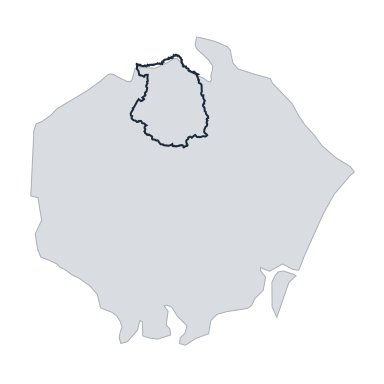 Kono, Eastern, Sierra Leone shown in context, rotated 273°
{"feature_id": "65957751B39294828597109", "entity_name": "Kono", "entity_type": "district", "adm_level": 2, "iso_a3": "SLE", "parent_name": "Sierra Leone", "parent_adm1": "Eastern", "projection": "orthographic", "projection_center": [-10.815, 8.706], "detail": "fine", "context": "in_parent", "style": "outline", "palette": "slate", "viewbox_px": 384, "rotation_deg": 273, "n_neighbors": 0, "source": "geoboundaries", "source_scale": "gbopen_adm2", "svg_char_len": 7495}
<svg xmlns="http://www.w3.org/2000/svg" viewBox="0 0 384 384"><g transform="rotate(273 192 192)"><path d="M347.0,188.5L346.7,191.8L343.7,206.7L339.1,219.5L336.0,222.7L322.9,226.1L317.3,231.7L312.5,249.9L309.4,264.2L304.9,266.6L285.6,287.3L273.0,295.1L264.2,301.8L255.8,310.6L245.3,319.1L234.0,333.5L225.9,348.4L220.4,353.1L216.3,348.8L197.1,334.0L176.8,324.1L133.7,307.4L119.4,302.7L119.9,296.9L124.9,286.2L116.9,273.6L120.1,264.5L117.0,264.5L110.8,269.9L97.6,268.3L88.9,260.4L81.8,257.5L78.7,253.5L74.3,232.8L71.1,223.4L64.5,217.5L51.3,216.0L45.9,203.3L38.7,193.5L39.9,187.5L45.9,187.9L50.5,192.3L58.0,194.1L67.4,183.6L75.8,177.9L77.8,172.9L76.8,170.1L71.7,174.4L57.8,173.2L54.3,177.0L48.1,178.2L43.4,165.8L43.7,158.5L45.7,150.4L59.7,149.2L60.9,146.6L51.2,144.8L39.2,135.4L37.0,128.9L43.1,126.8L48.8,127.8L53.8,129.2L59.2,126.9L64.3,123.4L67.4,118.9L71.5,106.8L84.7,102.8L92.5,95.4L99.9,83.9L103.3,75.8L106.3,71.8L108.3,68.3L109.7,64.5L113.0,60.9L116.5,52.4L118.9,44.6L126.4,40.9L141.9,37.6L155.8,43.3L178.3,38.5L179.6,31.2L200.2,31.1L224.7,31.0L245.0,30.9L252.0,32.9L254.5,38.4L261.2,46.9L268.2,52.9L276.9,65.9L287.0,81.0L297.9,94.7L304.9,102.1L305.7,104.7L305.2,107.6L301.8,114.6L298.8,122.1L299.1,124.9L301.2,126.3L312.6,128.7L313.7,137.1L313.7,148.7L319.2,159.5L324.5,167.4L324.3,170.3L311.3,183.9L306.3,197.4L303.8,201.2L302.7,204.2L305.3,205.6L308.9,204.7L313.9,205.8L318.7,206.2L325.0,201.4L335.5,189.0L339.0,187.4L347.0,188.5ZM115.2,297.5L113.7,300.2L106.8,293.5L71.3,283.3L81.4,278.0L106.1,276.5L113.4,279.7L116.7,282.3L117.9,287.2L115.2,297.5Z" fill="#d9dde1" stroke="#a8b0b8" stroke-width="1"/><path d="M309.1,190.6L309.9,191.9L310.1,191.4L310.1,191.1L309.9,190.8L310.3,190.4L310.2,190.2L309.9,189.9L310.1,189.6L310.7,189.6L311.0,189.3L311.0,189.0L310.8,188.5L310.8,188.2L310.9,187.9L311.8,188.4L312.2,187.9L312.1,187.7L312.2,187.4L311.6,186.9L311.5,186.5L311.6,186.1L312.0,185.6L312.2,184.1L312.7,183.8L312.9,183.6L312.9,183.3L312.7,183.0L312.8,182.6L313.1,182.3L313.3,182.6L313.5,182.5L313.8,182.2L314.2,182.2L314.7,182.1L315.0,181.8L315.4,180.4L315.8,179.6L316.4,179.3L316.7,179.5L317.0,179.4L316.9,178.8L317.1,178.3L317.0,178.0L317.1,177.6L316.8,177.0L316.8,176.8L317.1,176.7L317.5,176.3L317.9,176.5L318.2,176.6L318.4,176.6L318.5,176.2L318.9,176.2L319.3,175.9L319.8,175.8L320.1,175.6L320.3,175.0L320.7,174.9L321.0,174.8L321.4,175.0L321.6,175.0L322.5,174.5L322.9,174.9L323.3,175.1L323.5,174.9L323.6,174.4L325.3,173.9L325.5,173.7L325.3,173.4L325.4,173.2L325.6,172.9L326.7,172.3L326.9,171.8L327.2,171.7L327.5,171.4L327.4,171.0L327.0,170.6L327.4,170.2L327.4,169.5L327.7,169.1L327.9,169.0L328.1,169.3L328.2,169.0L328.1,168.8L328.2,168.3L327.7,167.9L327.5,167.5L327.2,167.8L327.1,167.3L327.0,166.9L327.2,166.7L326.8,166.7L326.7,166.6L326.5,166.2L326.3,166.2L326.2,165.9L325.7,165.4L325.1,165.5L325.1,165.2L325.3,164.9L324.8,165.0L324.6,164.8L324.7,164.4L324.9,164.4L325.0,164.3L325.0,163.6L324.5,163.4L324.4,163.1L324.1,162.8L324.0,162.4L324.1,162.0L324.5,161.9L324.9,162.0L325.0,161.8L324.9,161.6L324.5,161.6L324.1,161.8L323.9,161.8L323.8,161.6L323.6,161.7L323.5,161.9L323.4,161.8L323.4,161.5L323.6,161.3L323.6,161.2L323.3,160.6L323.3,160.0L322.9,159.0L322.6,157.5L322.3,157.3L322.1,157.3L322.0,157.1L321.6,157.0L321.3,156.7L321.1,156.4L320.7,156.2L320.8,155.9L320.5,155.7L320.5,155.4L320.4,155.4L320.0,155.3L319.9,155.5L319.6,155.6L319.5,155.9L319.3,155.5L318.9,155.2L318.3,155.3L318.3,155.1L318.5,154.7L318.2,154.0L318.6,153.5L318.5,153.3L318.6,153.2L318.5,152.9L318.6,152.7L318.4,152.5L318.5,152.3L318.4,151.2L318.5,151.0L318.2,150.9L318.2,150.1L318.1,149.7L317.8,149.3L317.6,148.4L317.4,148.3L317.2,147.8L317.3,147.7L317.3,147.4L317.2,146.7L317.1,146.8L316.9,146.7L317.0,146.3L316.8,146.1L316.8,145.6L316.7,145.4L316.9,144.8L316.9,144.6L317.0,144.4L316.8,143.9L316.8,143.6L316.8,143.1L316.5,142.8L316.5,142.5L316.6,142.2L316.4,142.0L316.1,142.0L316.2,141.8L316.0,141.4L316.0,141.2L315.9,141.0L316.1,140.9L315.9,140.8L316.0,140.6L315.8,139.8L315.5,139.3L315.3,139.3L315.4,139.1L315.8,139.1L315.8,138.6L315.5,138.7L315.4,138.5L315.4,138.2L315.5,138.0L315.3,137.3L315.3,136.5L315.1,136.0L315.3,135.2L315.5,134.8L315.7,134.5L315.5,134.4L315.4,134.0L315.5,133.6L316.1,133.4L316.0,133.2L316.3,133.3L316.4,133.0L316.2,132.4L316.3,132.2L316.3,131.9L316.2,131.8L316.5,131.4L316.5,131.2L316.8,130.8L317.0,130.1L316.5,130.0L315.4,130.4L314.5,130.5L313.8,130.5L313.4,130.6L312.0,130.5L311.6,131.0L309.9,132.3L306.7,133.0L306.2,133.2L306.1,133.9L305.8,133.9L305.6,134.6L305.8,135.4L305.3,136.7L304.6,137.8L304.6,138.4L305.3,138.5L306.1,138.7L306.5,139.4L306.7,141.7L305.0,141.5L303.7,141.5L302.2,141.7L301.0,142.1L300.0,141.8L299.8,141.3L299.0,141.5L298.2,141.9L297.7,141.7L296.9,141.1L296.1,141.1L295.6,140.7L294.7,140.8L293.7,141.8L291.0,141.5L289.9,141.3L289.3,140.4L289.0,140.3L288.7,140.2L288.4,139.8L287.8,139.9L286.8,140.3L286.6,140.2L286.2,140.1L285.9,140.3L285.8,140.2L285.9,139.7L285.3,139.5L285.1,139.2L284.0,137.8L283.7,137.5L282.2,139.3L281.3,138.4L281.0,137.8L280.8,137.7L280.7,137.3L280.2,136.8L280.1,136.2L281.9,133.9L280.5,133.1L279.5,132.3L277.8,131.7L276.8,131.1L276.0,130.8L273.6,129.6L272.6,128.5L271.8,129.0L268.4,127.2L267.3,126.7L265.5,126.9L264.8,127.5L264.6,128.3L263.2,127.8L262.3,127.8L261.1,129.2L260.5,130.2L260.4,131.4L260.0,132.5L259.1,133.2L259.1,133.9L259.3,134.8L259.7,134.8L260.2,135.2L260.3,137.1L260.0,137.7L259.0,138.2L258.2,138.6L258.0,139.4L258.1,140.3L257.7,141.1L256.8,141.7L256.2,143.0L254.9,141.4L253.5,141.2L252.3,142.1L251.2,141.9L250.1,141.3L249.7,141.8L248.5,142.0L248.4,142.4L247.6,143.3L247.4,143.7L246.7,144.3L246.9,144.7L247.3,144.3L247.1,145.3L246.7,145.5L247.0,146.3L246.5,147.1L245.3,149.2L242.8,149.4L242.4,149.9L242.4,151.1L242.3,152.4L241.5,153.4L241.8,154.9L241.5,155.5L240.0,156.4L238.0,158.2L238.1,159.3L237.9,159.9L237.9,160.8L237.3,161.1L237.2,161.8L237.1,162.8L237.3,163.5L236.9,164.3L237.1,165.1L236.9,166.0L237.9,168.6L238.8,169.8L236.9,170.3L236.8,170.8L237.0,171.6L237.2,171.8L237.1,172.2L236.9,172.2L237.0,172.7L236.7,173.2L236.7,173.3L236.7,173.7L236.8,174.3L237.1,174.5L237.0,175.1L237.3,175.8L237.4,176.6L237.7,176.6L237.8,176.9L237.9,177.1L237.8,177.5L238.2,178.3L238.1,178.8L238.3,179.2L238.0,179.4L238.1,180.2L237.6,180.8L236.7,181.4L236.3,181.2L236.1,181.5L236.5,182.1L237.2,182.5L237.5,183.4L237.6,184.2L238.1,184.2L238.0,184.7L238.6,185.1L239.7,184.7L240.6,184.0L241.2,183.7L242.5,183.6L243.1,183.7L243.6,184.0L243.9,184.3L244.2,184.8L244.5,185.1L245.3,185.6L245.7,185.4L246.2,185.4L247.1,186.9L247.1,187.8L246.2,189.0L247.1,189.7L247.9,190.8L248.6,191.4L249.1,192.2L247.2,194.1L247.2,195.1L247.5,196.1L247.1,196.9L247.4,197.9L248.3,200.1L248.3,201.0L248.1,202.2L248.5,203.3L249.6,204.2L250.3,203.5L251.9,201.5L252.6,201.0L253.9,201.0L255.4,201.2L256.5,201.7L257.3,201.9L257.8,202.3L258.6,203.1L259.3,203.6L260.1,203.5L260.9,203.6L261.7,203.0L262.6,203.0L263.4,203.2L264.1,203.7L264.7,203.2L265.5,202.8L266.2,203.3L266.8,204.3L267.3,204.3L268.8,203.8L269.5,202.9L270.4,202.2L270.9,201.9L272.9,201.4L273.5,200.5L274.4,200.3L275.6,200.3L276.5,200.1L277.4,199.6L278.0,198.8L278.4,198.7L279.4,198.4L280.5,198.8L280.9,199.6L282.2,199.3L283.9,200.0L285.2,198.9L286.4,198.4L288.0,198.2L289.1,198.3L289.1,197.7L288.7,197.1L289.7,196.3L290.6,196.0L291.3,196.0L293.2,196.6L295.6,196.2L297.1,196.2L298.4,196.0L299.5,195.9L300.2,195.3L300.8,194.7L301.0,193.7L301.5,193.0L304.1,193.1L304.3,192.3L305.1,192.3L305.9,192.2L306.8,191.5L308.0,191.3L308.3,190.8L309.1,190.6Z" fill="none" stroke="#1e293b" stroke-width="2"/></g></svg>